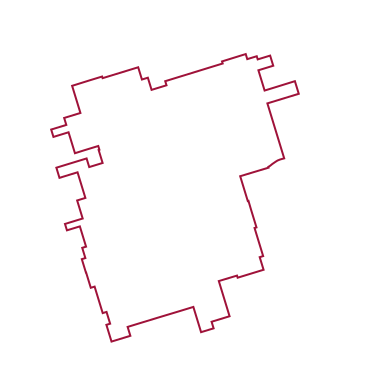 the district of Cue, Western Australia, Australia, rotated 73°
{"feature_id": "25037944B79165272170091", "entity_name": "Cue", "entity_type": "district", "adm_level": 2, "iso_a3": "AUS", "parent_name": "Australia", "parent_adm1": "Western Australia", "projection": "equal_earth", "projection_center": [117.893, -27.226], "detail": "fine", "context": "isolated", "style": "outline", "palette": "rose", "viewbox_px": 384, "rotation_deg": 73, "n_neighbors": 0, "source": "geoboundaries", "source_scale": "gbopen_adm2", "svg_char_len": 2050}
<svg xmlns="http://www.w3.org/2000/svg" viewBox="0 0 384 384"><g transform="rotate(73 192 192)"><path d="M69.8,200.8L69.8,207.0L57.0,207.0L57.0,244.2L55.3,244.2L55.3,257.2L55.4,272.2L55.4,275.6L67.4,275.6L73.8,275.6L83.8,275.6L83.8,292.6L84.5,292.6L91.1,292.6L91.1,308.4L98.8,308.4L98.8,292.6L101.8,292.6L104.1,292.6L106.4,292.6L109.4,292.6L112.4,292.6L113.9,292.6L117.6,292.6L120.7,292.6L120.6,283.0L120.6,282.5L120.6,268.2L124.5,268.2L124.5,269.0L138.1,269.0L138.1,281.6L138.1,282.2L138.1,283.0L133.2,283.0L130.8,283.0L129.1,283.0L129.1,314.6L139.7,314.6L139.7,295.7L147.1,295.7L149.5,295.7L155.6,295.7L160.5,295.7L161.1,295.7L166.5,295.7L166.5,304.3L177.2,304.3L185.4,304.3L185.4,307.5L185.4,311.1L185.4,322.8L192.1,322.8L192.1,309.3L209.2,309.3L210.0,309.3L213.3,309.3L213.3,313.3L218.9,313.3L224.0,313.3L224.0,316.2L224.0,317.0L225.2,317.0L238.1,317.0L238.1,316.8L254.0,316.8L254.0,312.8L259.8,312.8L272.6,312.8L281.7,312.8L281.7,308.8L288.8,308.8L294.0,308.8L294.0,312.7L311.5,312.7L311.5,293.0L302.2,293.0L302.2,262.7L302.3,239.5L302.3,234.8L302.3,224.3L328.7,224.3L328.7,211.2L326.4,211.2L324.1,211.2L321.8,211.2L321.8,192.4L320.2,192.4L314.5,192.4L307.9,192.4L306.3,192.4L293.2,192.4L285.0,192.4L285.1,173.4L287.3,173.4L287.3,168.3L287.3,160.9L287.3,146.3L274.1,146.3L274.1,142.7L244.7,142.7L244.7,140.7L230.9,140.7L227.8,140.7L226.0,140.7L217.0,140.6L217.0,141.3L215.1,141.3L210.4,141.3L195.1,141.3L194.2,141.3L191.8,141.3L191.0,141.3L191.1,111.7L190.3,111.7L189.8,109.7L188.7,107.0L188.2,105.4L187.5,103.2L186.9,101.0L186.8,99.6L186.7,98.8L186.7,98.6L186.7,97.7L186.7,96.8L186.8,94.0L178.1,94.0L175.0,94.0L160.5,94.0L152.4,94.0L139.7,94.0L129.3,94.0L129.3,89.1L129.3,75.5L129.3,61.2L116.1,61.2L116.2,84.5L116.2,92.9L95.0,92.9L95.0,77.4L94.9,77.4L94.3,77.4L92.7,77.4L85.1,77.4L84.6,77.4L84.4,77.4L84.4,90.4L81.1,90.4L81.1,93.2L81.1,100.3L75.8,100.3L75.9,125.1L78.1,125.1L78.1,135.2L78.1,136.1L78.2,185.2L81.1,185.2L82.5,185.2L82.5,186.8L82.5,196.5L82.5,200.8L75.0,200.8L69.8,200.8Z" fill="none" stroke="#9f1239" stroke-width="2"/></g></svg>